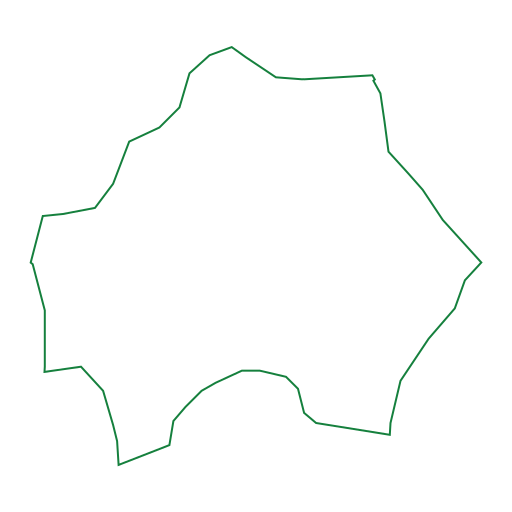 Anyang-si, Gyeonggi, South Korea
{"feature_id": "91817680B30491742711894", "entity_name": "Anyang-si", "entity_type": "district", "adm_level": 2, "iso_a3": "KOR", "parent_name": "South Korea", "parent_adm1": "Gyeonggi", "projection": "mercator", "projection_center": [126.93, 37.391], "detail": "fine", "context": "isolated", "style": "outline", "palette": "green", "viewbox_px": 512, "rotation_deg": 0, "n_neighbors": 0, "source": "geoboundaries", "source_scale": "gbopen_adm2", "svg_char_len": 765}
<svg xmlns="http://www.w3.org/2000/svg" viewBox="0 0 512 512"><path d="M44.5,371.9L81.0,366.7L103.1,390.8L113.1,425.0L117.1,441.1L118.6,464.9L169.4,445.1L173.4,421.0L185.5,406.9L201.6,390.8L215.6,382.8L241.8,370.7L254.6,370.7L259.9,370.7L286.0,376.8L298.0,388.8L304.1,412.9L316.1,423.0L389.8,434.8L390.5,423.0L400.5,380.8L428.7,338.6L454.8,308.4L464.9,280.3L481.3,262.5L442.8,220.0L422.7,189.8L408.6,173.8L388.5,151.7L384.5,121.5L380.4,93.4L373.4,80.7L374.8,79.5L372.4,75.3L304.1,79.3L303.2,79.2L302.1,79.3L275.9,77.3L245.8,57.2L231.7,47.1L209.6,55.2L189.5,73.3L180.0,105.6L179.5,107.4L159.4,127.5L129.2,141.6L113.1,183.8L95.0,207.9L62.9,214.0L42.8,216.0L30.7,262.6L32.7,264.2L44.8,310.4L44.8,366.7L44.5,371.9Z" fill="none" stroke="#15803d" stroke-width="2"/></svg>